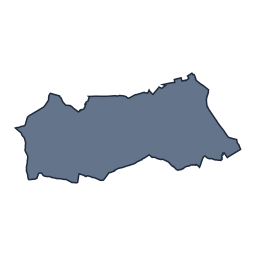 the district of Ciprian Porumbescu, Suceava, Romania
{"feature_id": "2599482B10276215213878", "entity_name": "Ciprian Porumbescu", "entity_type": "district", "adm_level": 2, "iso_a3": "ROU", "parent_name": "Romania", "parent_adm1": "Suceava", "projection": "mercator", "projection_center": [26.075, 47.579], "detail": "fine", "context": "isolated", "style": "filled", "palette": "slate", "viewbox_px": 256, "rotation_deg": 0, "n_neighbors": 0, "source": "geoboundaries", "source_scale": "gbopen_adm2", "svg_char_len": 5712}
<svg xmlns="http://www.w3.org/2000/svg" viewBox="0 0 256 256"><path d="M76.4,182.8L77.6,182.5L78.9,174.2L79.1,173.8L79.9,173.9L80.2,174.2L83.6,175.2L85.1,176.0L85.6,176.2L85.5,176.3L86.3,176.5L86.5,176.0L87.0,176.0L87.6,175.8L89.9,176.4L90.9,176.8L92.5,177.5L92.8,177.6L93.5,177.5L94.0,177.5L99.3,179.8L99.9,180.2L100.3,180.3L102.8,180.3L103.3,180.1L103.8,179.7L104.6,178.7L107.8,174.3L109.0,172.6L109.4,172.7L109.7,172.7L110.4,172.5L111.2,172.2L114.4,171.0L114.2,170.5L115.3,170.1L115.7,169.8L116.2,169.5L116.7,169.2L117.1,169.0L117.8,168.6L119.8,168.0L120.2,167.9L121.4,167.8L121.6,167.8L122.9,167.3L125.7,166.4L127.6,165.7L128.3,165.6L128.9,165.5L129.5,165.3L131.0,164.7L131.3,164.6L131.5,164.6L133.5,164.0L135.3,163.1L135.7,162.9L136.2,162.4L136.9,162.0L138.1,161.3L139.9,160.6L140.6,160.1L141.3,159.8L141.9,159.7L141.8,159.4L144.2,157.9L144.4,158.0L146.3,156.8L147.0,156.3L148.0,155.6L148.9,155.0L149.1,154.9L149.4,154.9L150.3,155.7L150.5,156.0L150.9,156.3L151.5,156.7L151.6,157.0L151.8,157.2L152.1,157.3L152.5,157.4L153.2,157.3L154.4,157.3L155.3,157.5L156.1,157.9L156.7,158.3L157.7,158.7L158.4,158.7L159.1,159.1L159.7,159.2L160.4,159.4L161.3,159.5L162.8,159.2L163.5,159.5L164.0,159.9L166.1,160.8L167.4,161.5L168.1,161.8L168.7,162.2L169.4,163.0L169.8,163.6L170.5,164.2L171.4,165.3L171.9,165.8L173.0,166.5L173.7,166.4L173.9,166.6L173.9,166.9L173.9,167.1L174.1,167.3L174.3,167.4L174.5,167.6L175.1,168.1L175.5,168.5L175.8,168.8L175.9,169.0L176.1,169.3L176.7,169.6L177.2,169.8L177.6,170.1L178.5,170.1L180.1,169.6L180.6,169.6L180.8,169.6L181.0,169.6L181.5,169.6L181.7,169.3L181.9,169.1L182.0,168.9L182.1,168.7L182.8,168.7L183.1,168.7L183.4,168.6L183.9,167.9L184.3,167.7L185.5,166.8L186.1,166.6L187.2,166.3L188.2,166.2L188.7,166.0L189.2,165.8L189.7,165.8L190.1,165.5L190.5,165.2L191.2,165.0L191.6,164.9L192.1,165.0L192.4,164.9L192.8,165.1L193.6,164.9L194.0,164.9L194.7,165.0L195.0,165.0L195.4,165.0L195.6,165.2L195.8,165.1L195.8,164.8L195.7,164.6L195.8,164.5L196.2,164.5L196.7,164.8L197.1,165.1L197.6,165.5L197.8,165.6L198.0,165.6L198.3,165.8L198.4,166.1L198.6,166.3L198.9,166.6L199.1,166.6L199.2,167.0L199.5,167.3L200.3,165.4L202.4,159.2L203.3,157.3L203.9,156.7L204.3,156.3L204.6,156.1L205.2,156.1L205.4,156.2L206.5,157.3L207.2,157.8L208.0,158.3L208.7,158.5L209.1,158.6L209.6,158.8L210.1,158.8L210.4,158.6L210.7,158.5L211.0,158.5L211.5,158.7L211.9,158.7L212.6,159.0L213.3,159.2L214.0,159.6L214.8,159.7L215.3,159.9L216.0,159.9L216.8,159.9L217.5,160.1L218.5,160.2L219.7,160.3L220.6,160.4L220.7,160.0L220.8,159.9L221.1,159.9L221.3,159.9L221.4,160.0L221.5,159.9L221.8,159.5L222.1,159.2L221.8,158.7L222.2,157.6L222.0,157.3L221.8,157.1L221.6,156.7L221.6,156.4L221.6,156.2L221.8,155.8L222.0,155.6L222.2,155.4L222.1,155.0L222.2,154.9L222.6,155.1L222.9,155.0L223.1,154.7L223.0,154.4L223.0,154.1L222.7,153.2L222.9,153.0L223.1,153.1L223.4,153.2L223.6,153.2L223.8,153.2L224.0,153.0L224.2,152.9L227.3,157.6L228.8,156.5L240.6,149.4L240.3,148.4L240.1,147.9L239.8,147.5L239.5,146.9L239.3,146.5L239.4,146.2L239.2,145.9L239.1,145.3L238.7,144.7L237.8,143.6L237.4,143.0L237.0,141.6L236.7,139.6L236.4,139.5L235.9,139.4L231.0,138.1L229.1,137.5L228.3,137.1L228.0,136.9L225.9,133.9L223.7,130.5L221.5,127.8L219.3,124.9L218.6,123.9L217.9,123.0L217.5,122.4L216.6,120.8L215.8,119.7L215.7,119.6L215.4,119.2L208.6,109.1L208.0,108.0L207.8,107.4L207.6,106.7L207.1,106.7L206.6,102.9L206.4,100.4L206.5,99.3L206.7,97.6L208.2,93.0L208.4,91.4L208.5,89.8L202.5,85.0L202.1,85.1L201.8,84.8L196.9,81.0L196.1,80.0L195.6,79.4L195.7,79.0L195.7,78.6L195.0,76.7L194.7,75.8L194.4,75.2L194.0,74.6L193.9,74.4L192.9,74.6L191.9,73.2L187.5,76.0L188.5,77.3L188.3,77.6L188.6,78.6L185.7,80.7L185.5,80.2L181.9,81.0L181.1,77.8L174.3,79.5L174.8,82.4L169.7,83.1L162.7,84.6L165.4,85.5L163.2,87.2L161.8,88.4L159.1,87.0L157.3,89.3L152.9,94.4L152.7,94.3L150.8,92.4L150.0,91.5L149.4,90.7L149.1,90.1L147.8,93.0L146.9,92.9L145.6,92.9L145.1,92.8L144.1,92.3L140.0,93.6L136.3,94.7L136.2,94.6L135.8,94.6L135.2,94.8L134.4,95.2L128.9,98.2L128.5,98.3L128.1,98.2L127.6,97.9L127.1,97.6L126.2,96.7L124.4,96.1L122.9,95.8L119.3,95.5L119.0,95.6L117.8,96.0L117.0,96.1L116.2,95.9L115.8,95.7L111.2,96.0L108.7,96.2L105.4,96.3L104.1,96.3L102.3,96.3L95.5,96.2L93.0,96.3L91.0,96.4L88.4,96.4L89.1,97.4L89.1,98.2L88.7,98.7L88.3,99.5L88.4,100.3L88.1,100.9L87.5,101.2L86.4,101.9L86.0,102.6L85.7,102.9L85.9,103.6L86.0,104.2L85.6,104.4L85.3,104.1L85.1,104.0L84.9,104.6L85.1,105.3L85.1,106.9L84.3,107.8L84.1,108.8L82.1,109.7L81.0,109.6L80.7,109.8L80.8,110.5L80.2,110.7L79.9,110.4L79.3,111.3L78.5,111.9L77.7,111.2L77.4,111.4L75.9,110.0L73.4,108.2L71.9,106.7L70.6,105.8L69.4,105.4L67.8,105.4L65.8,105.2L63.8,103.1L62.4,101.2L61.7,99.5L60.9,97.7L59.5,96.5L59.5,95.9L53.5,94.2L50.4,93.3L50.1,93.6L49.4,94.7L48.9,95.7L48.7,97.1L48.6,98.9L48.5,99.9L48.1,100.8L45.0,105.5L44.1,106.6L43.4,107.2L40.2,109.1L37.6,110.7L29.6,115.4L28.0,116.6L27.5,117.3L27.0,118.5L25.4,124.4L25.0,125.2L24.3,125.7L22.9,126.2L21.0,126.5L20.2,126.8L19.3,127.4L18.8,127.5L18.4,127.5L17.8,127.5L17.3,127.5L15.4,128.0L17.3,129.7L19.9,131.9L21.0,132.7L21.4,133.4L21.9,134.9L22.2,135.4L22.9,136.3L23.8,137.1L24.6,138.9L25.5,142.2L25.6,142.9L25.5,144.2L25.5,144.8L25.2,146.0L25.5,146.7L25.4,147.7L25.0,149.5L25.2,150.5L25.2,150.9L25.9,152.5L27.2,154.8L27.7,156.3L27.7,158.6L27.5,159.6L27.3,160.2L27.3,162.6L26.9,164.5L26.5,166.6L26.4,167.6L26.5,168.6L26.4,170.7L26.6,171.4L26.7,172.0L27.0,172.7L27.4,173.5L27.8,176.1L28.0,177.7L28.2,178.7L28.6,179.4L28.9,179.7L31.6,179.4L35.0,179.1L36.9,178.3L38.6,173.5L39.8,173.0L41.7,173.2L43.0,175.2L44.4,176.1L47.0,176.6L49.5,176.5L52.1,177.6L53.7,177.7L56.9,178.6L60.7,178.7L63.8,179.4L66.3,179.5L71.9,182.5L73.6,182.5L75.3,182.8L76.4,182.8Z" fill="#64748b" stroke="#1e293b" stroke-width="1.5"/></svg>